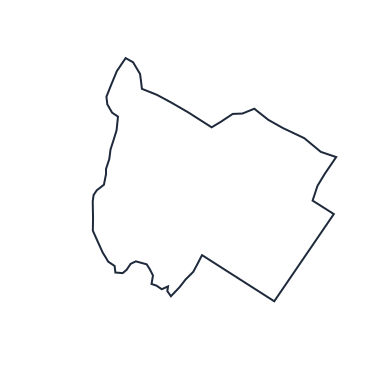 Darganata, Chardzhou, Turkmenistan (Mercator projection), rotated 214°
{"feature_id": "10190150B50164786179090", "entity_name": "Darganata", "entity_type": "district", "adm_level": 2, "iso_a3": "TKM", "parent_name": "Turkmenistan", "parent_adm1": "Chardzhou", "projection": "mercator", "projection_center": [61.431, 40.609], "detail": "fine", "context": "isolated", "style": "outline", "palette": "slate", "viewbox_px": 384, "rotation_deg": 214, "n_neighbors": 0, "source": "geoboundaries", "source_scale": "gbopen_adm2", "svg_char_len": 1151}
<svg xmlns="http://www.w3.org/2000/svg" viewBox="0 0 384 384"><g transform="rotate(214 192 192)"><path d="M151.4,93.9L151.2,93.8L149.1,106.0L148.4,116.0L146.8,124.0L146.3,126.7L146.8,131.0L147.1,134.4L148.4,145.2L147.0,145.3L62.7,147.4L62.1,253.0L87.2,252.3L91.4,267.2L92.1,281.5L92.0,301.6L99.6,299.5L107.7,297.3L126.9,299.2L128.4,299.4L129.1,299.4L133.0,298.8L152.0,295.9L156.4,295.5L169.1,294.5L183.7,295.6L186.6,295.9L186.9,295.9L194.1,285.2L201.9,279.5L206.3,268.9L206.9,267.3L211.9,256.6L212.0,256.6L239.8,255.9L259.8,254.5L274.8,253.0L275.6,252.9L291.2,249.5L295.5,254.5L299.8,259.4L301.2,260.9L302.1,261.3L311.5,265.7L313.3,266.6L321.9,265.9L321.9,265.5L321.9,250.2L319.0,235.9L316.2,223.1L311.2,217.3L302.6,213.1L295.5,213.1L289.0,200.9L286.2,191.6L283.3,181.6L279.0,173.1L276.2,163.1L273.3,158.8L269.1,148.8L271.9,140.2L271.9,134.5L269.1,128.8L259.1,114.5L252.6,104.5L241.2,97.4L231.9,91.7L226.9,89.5L222.6,87.4L214.8,87.4L210.5,82.4L204.1,86.0L202.7,91.0L202.7,98.1L199.8,103.1L189.1,106.7L184.1,104.5L177.7,101.0L174.1,93.1L169.1,94.5L162.7,94.5L159.1,100.3L157.0,96.0L151.4,93.9Z" fill="none" stroke="#1e293b" stroke-width="2"/></g></svg>